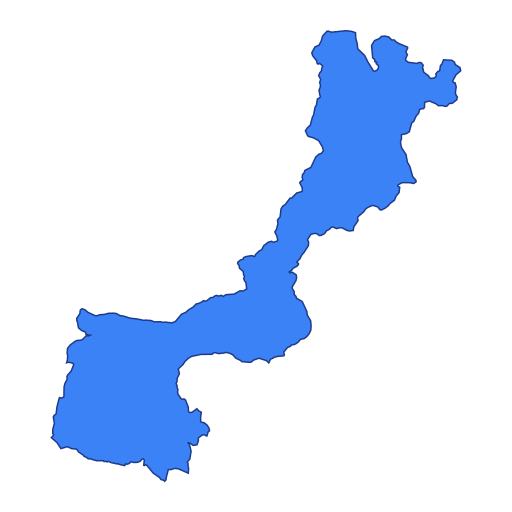 Ferreñafe, Lambayeque, Peru
{"feature_id": "86281439B15952287038744", "entity_name": "Ferreñafe", "entity_type": "district", "adm_level": 2, "iso_a3": "PER", "parent_name": "Peru", "parent_adm1": "Lambayeque", "projection": "orthographic", "projection_center": [-79.498, -6.346], "detail": "fine", "context": "isolated", "style": "filled", "palette": "blue", "viewbox_px": 512, "rotation_deg": 0, "n_neighbors": 0, "source": "geoboundaries", "source_scale": "gbopen_adm2", "svg_char_len": 5968}
<svg xmlns="http://www.w3.org/2000/svg" viewBox="0 0 512 512"><path d="M304.0,338.6L306.3,337.1L308.9,334.1L310.8,330.2L311.1,325.8L310.6,320.7L307.2,314.9L306.9,311.6L302.5,302.1L301.7,301.2L296.5,298.2L295.9,296.2L294.2,294.6L294.2,291.7L292.3,288.5L292.1,287.1L296.0,280.5L296.6,277.5L296.2,274.9L292.5,272.3L289.8,272.7L289.1,272.0L291.6,270.4L293.1,268.2L296.9,266.3L298.5,264.5L298.4,263.4L297.0,262.3L297.0,261.7L299.9,258.8L301.7,255.1L303.9,252.6L308.4,245.7L308.6,242.0L307.5,239.6L310.8,234.4L314.8,233.3L317.3,233.9L319.1,235.5L321.1,235.4L324.6,233.6L326.5,230.8L329.1,229.5L331.8,227.0L332.9,226.9L336.5,228.6L339.7,227.8L342.1,227.8L346.5,230.2L349.3,231.0L353.2,230.5L353.9,226.7L358.1,220.6L357.5,217.8L358.0,216.7L363.9,211.6L365.5,209.1L367.6,207.5L371.9,205.6L373.1,205.5L377.7,206.9L380.0,209.8L381.3,210.0L384.9,208.3L388.4,205.6L390.0,203.5L394.4,200.3L396.2,196.0L399.1,192.5L399.7,187.2L397.8,186.1L397.9,185.0L401.7,182.8L403.3,182.6L410.1,182.7L413.6,183.5L416.0,182.0L416.0,180.4L412.7,176.6L409.8,166.4L407.4,162.2L406.0,154.5L401.8,148.1L401.0,145.7L400.5,141.8L401.5,138.8L401.3,135.2L401.8,134.6L406.2,133.7L409.3,131.8L411.7,122.9L413.7,121.5L416.1,116.1L418.6,113.3L419.6,109.7L420.8,108.9L423.6,108.6L424.5,107.3L424.6,102.3L429.4,101.0L436.0,103.8L438.5,105.7L442.8,105.6L445.0,106.4L446.8,106.2L449.3,103.5L452.3,103.3L456.8,99.7L457.3,97.0L455.6,94.2L455.4,92.5L456.2,86.8L455.1,82.9L453.5,82.4L452.6,81.1L456.0,74.8L460.7,70.8L460.0,67.6L455.2,64.5L454.5,62.2L451.9,60.3L443.5,59.8L442.0,63.9L440.5,65.5L439.6,70.9L437.9,71.4L435.8,73.9L436.3,75.9L435.9,76.6L434.4,77.9L430.7,78.5L429.5,77.5L428.4,75.7L424.2,72.6L423.5,71.5L423.2,69.3L422.5,67.9L423.2,65.2L421.1,62.6L419.0,62.5L416.9,63.4L408.3,62.3L405.8,60.4L405.5,59.0L407.4,54.7L405.8,52.0L407.7,48.0L407.5,47.1L398.8,43.5L395.9,41.7L394.3,40.0L391.6,39.9L388.9,37.0L385.0,36.1L381.4,36.4L379.3,38.6L374.5,40.6L371.6,45.4L372.7,57.8L375.0,60.0L374.7,61.6L376.7,62.3L376.2,63.7L378.3,65.5L378.5,66.3L378.5,67.7L377.3,69.9L374.9,71.3L373.6,71.1L367.9,62.0L364.7,55.5L357.7,48.7L357.3,43.9L355.8,38.4L355.5,32.7L351.7,31.4L346.0,30.7L331.3,32.2L328.3,31.1L327.0,31.2L322.6,36.0L321.3,40.8L319.0,45.2L314.9,47.0L311.8,52.8L312.6,55.6L316.6,60.8L317.2,63.5L318.1,64.1L319.8,63.5L322.7,65.9L321.8,68.0L321.4,70.9L319.6,73.1L318.7,75.7L320.7,79.4L319.6,82.7L320.3,84.2L320.3,87.1L319.0,90.1L319.9,95.5L320.4,96.3L319.9,97.6L317.4,99.0L316.4,105.1L315.1,107.1L313.5,115.3L312.5,116.9L310.3,125.1L307.4,127.8L305.4,130.8L307.5,135.4L308.3,136.4L313.4,137.8L318.7,140.7L322.4,146.9L323.4,150.9L321.5,153.3L319.2,154.0L315.8,156.9L310.9,167.4L305.0,170.3L303.8,173.3L302.6,174.3L302.1,177.6L302.8,179.4L302.6,180.3L300.5,181.5L299.7,182.8L302.3,187.9L302.1,191.5L296.7,193.0L291.6,198.1L290.0,198.2L285.3,204.4L282.6,206.3L281.0,209.0L280.1,216.9L277.5,220.0L277.9,223.8L276.4,229.6L274.8,231.9L276.9,236.1L277.7,240.0L277.3,241.0L273.4,242.3L271.6,241.3L268.2,242.2L263.8,245.6L261.7,249.7L258.9,251.2L255.4,254.7L254.6,256.6L251.7,255.6L245.8,256.6L243.7,257.6L242.9,259.3L240.7,259.9L238.0,261.9L237.6,263.6L239.2,265.7L239.4,268.1L243.1,271.4L243.7,275.0L244.5,276.6L243.7,278.7L244.8,281.3L245.9,282.3L246.7,288.9L243.3,291.0L240.1,290.8L234.0,294.1L225.9,294.7L223.2,296.4L221.1,295.3L218.9,296.1L216.3,295.4L214.2,296.3L213.0,297.5L210.7,297.6L206.6,300.9L205.0,301.2L203.5,300.6L201.7,302.0L198.4,303.5L196.2,303.9L193.0,307.2L188.9,309.6L185.7,312.4L181.5,314.2L175.4,321.5L171.8,322.9L165.5,322.1L162.3,322.3L160.5,321.7L154.5,321.9L150.8,320.5L145.4,320.1L144.0,320.4L136.9,318.9L130.2,318.2L124.0,316.2L119.8,315.5L116.3,313.5L114.1,313.2L108.5,313.3L104.5,314.4L99.8,314.7L97.2,315.7L95.2,315.7L88.1,312.4L85.0,309.8L82.1,308.7L81.0,309.4L80.2,310.4L79.9,313.6L76.7,318.3L76.7,320.1L77.7,323.0L78.2,326.8L78.8,328.2L81.9,330.7L85.0,331.8L86.0,333.4L86.0,334.4L90.2,335.2L88.7,335.9L86.2,335.8L82.6,339.4L80.5,340.3L77.2,340.4L75.3,341.2L70.3,344.9L67.5,348.4L67.1,353.4L67.7,355.7L67.4,359.9L66.6,362.8L67.8,362.3L71.2,362.7L73.5,363.8L73.6,365.0L71.1,371.2L67.8,374.8L66.9,376.6L67.2,379.1L65.0,383.3L64.1,386.7L63.9,396.9L61.5,398.2L59.8,397.5L59.3,397.9L57.0,406.7L56.1,414.0L54.0,415.5L53.3,417.1L54.4,423.3L52.8,429.3L52.7,433.5L53.5,434.5L53.4,435.5L51.3,437.6L57.0,442.6L60.9,448.6L67.3,446.7L71.9,448.7L76.6,449.1L78.6,452.0L83.5,455.3L84.1,456.4L86.2,457.2L88.3,458.9L89.4,458.6L96.5,460.7L103.3,460.7L104.1,461.6L105.7,461.3L107.1,461.9L107.4,461.4L108.3,461.4L111.4,462.7L117.5,464.0L118.3,463.6L119.1,464.3L124.0,465.5L124.8,465.5L125.6,463.9L127.0,464.2L129.2,463.5L131.0,461.8L134.0,462.5L137.6,462.3L140.2,461.2L142.3,458.8L143.5,459.0L144.3,460.2L143.7,465.3L144.4,465.5L145.5,464.7L147.0,465.5L153.1,473.0L159.5,477.5L161.0,479.5L163.7,480.3L164.7,481.3L166.1,479.7L166.1,478.2L168.3,469.6L171.0,469.6L174.6,468.4L178.4,468.8L188.3,473.2L188.6,468.0L188.0,466.3L188.1,463.8L187.3,462.0L189.8,459.1L191.1,451.3L190.0,446.5L189.2,444.3L188.1,442.9L188.6,442.7L190.2,443.3L193.1,445.4L197.0,444.8L198.4,440.8L198.4,437.8L202.6,434.8L204.8,434.9L206.2,435.9L207.0,435.9L208.0,432.2L209.4,430.9L209.5,430.1L208.9,428.0L207.2,425.2L204.0,422.6L201.6,422.3L200.7,421.6L200.6,417.4L201.3,412.5L200.9,411.9L198.7,410.9L196.9,408.7L192.2,412.2L190.5,412.6L189.1,412.2L188.4,411.2L188.3,407.2L185.5,400.0L184.0,398.9L182.5,399.3L181.1,398.7L178.2,394.5L177.6,392.4L177.9,389.3L177.1,387.8L177.0,385.2L176.0,383.5L177.0,381.8L177.2,378.2L179.4,373.7L178.3,368.9L183.2,364.3L184.9,361.5L188.6,358.1L191.6,356.4L200.9,354.4L212.1,354.3L213.8,352.8L215.0,352.6L218.5,353.6L224.1,353.0L225.8,352.4L229.0,353.0L232.6,354.6L235.9,358.2L240.5,360.4L241.7,361.6L249.2,362.3L251.2,362.1L253.5,360.1L259.0,358.2L266.4,360.6L268.8,362.9L270.6,359.1L273.0,358.2L273.8,357.4L277.5,356.4L283.9,355.8L284.4,354.8L283.7,352.2L287.6,347.4L290.0,346.5L291.9,344.7L293.6,344.7L295.9,343.8L298.4,341.9L300.4,339.4L304.0,338.6Z" fill="#3b82f6" stroke="#1e3a8a" stroke-width="1.5"/></svg>